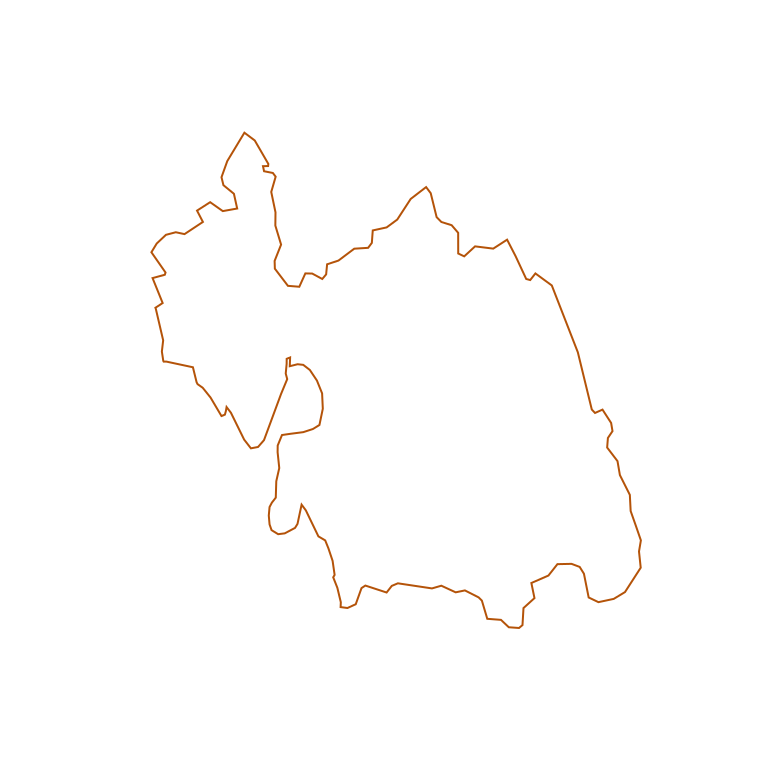 Hampshire, Natural Earth projection, rotated 68°
{"feature_id": "GBR-2035", "entity_name": "Hampshire", "entity_type": "Administrative County", "adm_level": 1, "iso_a3": "GBR", "parent_name": "United Kingdom", "parent_adm1": "", "projection": "natural_earth1", "projection_center": [-1.337, 51.048], "detail": "fine", "context": "isolated", "style": "outline", "palette": "amber", "viewbox_px": 768, "rotation_deg": 68, "n_neighbors": 0, "source": "natural_earth", "source_scale": "10m", "svg_char_len": 2252}
<svg xmlns="http://www.w3.org/2000/svg" viewBox="0 0 768 768"><g transform="rotate(68 384 384)"><path d="M574.6,507.8L570.2,505.8L555.5,503.6L544.2,503.5L542.5,501.3L528.7,497.9L515.5,497.1L507.0,497.1L500.7,501.9L471.9,503.8L465.0,505.6L481.3,516.6L484.1,520.4L485.3,532.0L483.6,538.4L477.4,543.0L471.3,542.7L462.8,540.1L455.2,536.2L452.0,532.4L448.8,526.9L433.8,520.3L422.7,512.6L407.4,508.2L401.2,505.6L393.1,497.7L395.1,489.5L398.4,476.9L399.1,466.8L397.8,459.2L384.0,450.0L369.5,444.9L355.7,444.9L343.2,447.5L336.0,451.7L333.3,456.7L332.2,464.7L324.2,461.1L324.2,464.8L328.8,466.7L337.5,471.2L343.2,471.9L354.7,483.2L391.1,516.3L395.2,524.4L393.8,531.5L383.2,534.5L353.3,536.7L346.4,538.6L349.8,540.7L352.8,543.0L352.8,546.7L331.6,549.9L319.6,553.5L314.3,556.9L312.2,557.1L296.9,554.9L281.7,577.4L280.7,579.9L279.9,580.0L270.7,577.8L260.8,572.4L228.8,567.4L227.7,567.4L226.0,558.9L199.1,558.9L200.6,546.3L198.8,544.8L174.7,550.3L168.6,542.1L164.0,530.3L165.3,520.2L170.3,512.8L165.9,491.2L153.2,492.4L150.3,477.1L163.3,468.7L166.3,454.4L151.4,451.9L139.5,458.4L131.4,457.2L118.6,445.8L98.7,419.3L109.8,412.6L136.6,408.8L138.5,409.8L136.7,414.6L141.8,415.5L146.7,408.0L151.2,406.8L163.7,416.6L184.2,420.3L196.4,425.4L216.2,427.2L228.9,439.3L236.2,442.0L257.0,436.3L262.1,426.1L252.0,415.5L254.7,409.2L263.5,401.9L260.7,396.6L251.7,391.9L252.5,380.0L247.4,360.9L251.8,347.7L248.6,342.4L237.4,336.9L239.8,322.9L236.5,310.1L222.4,289.9L217.2,271.2L224.6,269.2L249.0,272.7L255.3,270.1L262.1,261.8L271.6,258.6L290.8,266.3L295.7,261.8L290.5,248.0L299.4,232.0L296.3,215.8L314.8,214.1L339.9,212.8L342.4,209.5L338.2,202.2L355.5,191.5L427.2,192.4L485.5,200.9L489.9,199.2L489.6,191.0L505.2,188.0L513.3,189.8L517.9,196.6L526.5,200.9L543.0,196.4L556.8,199.4L578.9,197.6L594.2,202.9L609.8,203.6L625.2,204.4L634.8,210.3L650.5,214.8L667.2,238.5L669.3,251.5L666.6,266.9L658.6,274.2L634.8,269.7L626.9,271.1L621.0,277.5L616.0,290.7L623.2,303.3L623.7,321.9L638.9,324.7L644.0,338.6L659.4,345.9L660.8,350.2L656.3,359.4L646.5,363.9L640.4,376.2L621.5,374.4L617.3,376.2L605.7,386.3L604.0,395.6L592.5,406.4L591.5,416.1L574.0,445.8L574.1,452.4L578.3,459.7L563.9,476.8L564.8,481.3L577.6,492.7L578.0,501.8L574.6,507.8Z" fill="none" stroke="#b45309" stroke-width="2"/></g></svg>